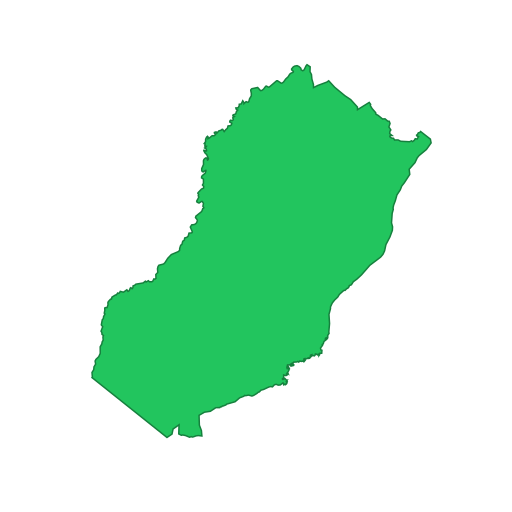 Kibombo, Maniema, Democratic Republic of the Congo, rotated 37°
{"feature_id": "63176286B11141066261470", "entity_name": "Kibombo", "entity_type": "district", "adm_level": 2, "iso_a3": "COD", "parent_name": "Democratic Republic of the Congo", "parent_adm1": "Maniema", "projection": "equal_earth", "projection_center": [25.538, -4.082], "detail": "fine", "context": "isolated", "style": "filled", "palette": "green", "viewbox_px": 512, "rotation_deg": 37, "n_neighbors": 0, "source": "geoboundaries", "source_scale": "gbopen_adm2", "svg_char_len": 6089}
<svg xmlns="http://www.w3.org/2000/svg" viewBox="0 0 512 512"><g transform="rotate(37 256 256)"><path d="M181.6,72.5L181.5,73.9L182.4,78.5L181.9,79.9L180.1,80.2L178.8,79.1L176.2,78.8L174.2,79.3L172.5,81.2L171.9,82.9L171.9,85.3L172.5,85.9L174.7,86.0L175.1,86.9L173.8,89.2L173.5,90.5L173.8,93.6L173.2,96.8L173.3,100.6L172.7,102.3L172.2,102.8L167.7,103.1L167.0,103.7L165.0,112.8L164.3,113.7L162.1,114.0L161.6,114.6L161.6,118.1L161.1,120.2L160.1,121.2L155.9,120.4L152.0,124.9L151.8,126.3L152.2,127.0L154.4,128.9L155.9,131.0L156.2,134.2L157.4,137.2L157.1,138.1L155.2,138.7L154.7,141.5L154.2,140.8L152.0,140.0L152.7,143.4L151.3,144.9L152.2,146.2L152.5,148.4L150.8,149.9L151.9,150.7L153.6,150.5L153.4,152.3L154.3,154.8L152.8,157.0L153.1,157.9L154.8,157.7L154.2,158.8L154.3,159.7L155.6,160.4L155.8,161.4L155.5,162.2L153.9,162.9L153.9,163.9L154.4,164.8L156.8,164.5L157.4,166.2L157.1,167.4L155.4,168.9L156.3,171.3L155.8,173.2L155.7,175.8L153.2,174.9L152.7,175.2L152.3,176.7L151.0,178.5L150.8,181.5L149.4,180.9L148.4,182.3L148.6,182.8L150.3,183.1L150.6,183.5L150.1,185.3L148.6,186.3L147.7,189.9L147.0,191.2L146.2,189.8L145.2,189.6L145.0,190.9L145.5,193.1L146.9,195.0L147.0,197.4L147.9,197.1L149.0,199.0L150.4,198.2L150.5,199.0L150.0,200.6L151.9,200.5L153.2,201.7L152.9,202.4L150.8,202.8L150.9,203.3L153.3,204.4L155.6,204.7L159.4,206.8L159.8,207.9L159.5,208.6L158.1,207.6L157.4,207.5L156.7,208.1L156.3,210.1L156.7,211.6L159.0,214.5L160.0,218.8L161.1,220.3L162.1,220.9L163.2,220.7L163.9,218.4L164.4,217.8L164.9,218.2L165.6,220.5L164.7,224.2L164.8,225.3L165.5,226.4L167.7,226.2L170.3,229.6L170.5,231.5L172.4,231.9L173.3,233.4L172.2,235.3L171.6,240.3L171.9,241.0L173.1,241.3L173.6,242.7L174.9,243.3L175.6,247.9L176.6,248.5L178.6,248.0L179.6,245.3L180.2,244.8L182.3,245.5L183.7,248.3L185.1,248.7L185.4,249.3L185.0,250.4L185.7,252.4L185.7,253.7L184.0,260.3L184.6,261.8L187.1,262.4L188.0,263.2L188.6,265.5L188.3,267.0L187.6,268.2L185.9,269.8L186.1,272.4L190.4,274.9L190.9,275.7L190.4,276.6L188.7,278.0L189.9,281.1L189.5,282.7L188.2,284.5L189.2,286.5L188.6,288.3L189.8,291.2L189.4,292.8L190.5,295.9L191.6,297.5L191.2,299.4L187.5,305.8L186.9,310.9L187.3,316.2L187.0,318.0L184.0,321.8L184.1,323.4L185.0,325.5L187.5,328.3L187.1,331.0L189.6,334.1L189.2,335.3L188.2,335.8L188.7,338.0L188.4,339.2L186.4,340.7L184.9,340.5L183.9,342.9L182.8,342.7L182.1,345.4L177.0,350.8L176.7,352.5L175.8,353.8L176.8,355.5L176.7,356.7L175.1,356.6L174.9,357.3L175.6,359.9L175.1,361.3L173.2,360.7L171.9,364.7L168.9,365.9L169.1,367.5L168.8,368.5L167.8,368.8L167.9,371.0L167.2,371.7L165.7,375.5L166.5,377.4L165.8,378.0L165.5,381.3L165.8,382.4L167.1,383.9L168.1,386.8L166.7,387.9L166.5,388.6L168.0,390.4L169.2,393.0L170.3,393.2L170.7,396.1L171.7,397.8L171.6,399.4L173.9,404.1L176.1,404.7L177.5,409.3L179.0,409.9L180.2,411.3L182.0,411.3L182.5,412.8L184.6,415.2L184.8,417.1L185.8,419.1L186.2,422.3L190.2,427.5L191.0,431.1L190.4,434.8L190.7,436.7L193.0,438.9L193.3,442.0L194.8,444.4L195.1,447.7L198.2,451.2L198.2,451.8L294.1,454.5L296.1,448.8L293.9,444.1L296.1,437.1L301.4,444.6L304.3,444.1L305.2,443.0L307.8,441.8L312.0,440.7L313.0,439.2L314.0,439.0L314.9,438.0L316.3,435.8L318.0,434.1L321.1,432.3L317.5,428.3L312.6,425.2L306.4,417.5L308.8,411.8L313.0,407.5L315.2,401.3L318.3,398.9L318.4,397.9L319.3,397.1L319.4,396.0L320.1,395.5L321.6,393.0L321.7,392.0L327.0,385.0L328.3,379.1L330.7,375.3L330.9,374.1L331.8,373.8L333.7,371.6L337.0,370.3L338.0,368.8L339.4,365.3L339.8,363.4L340.5,362.5L340.7,360.2L342.4,358.0L345.1,352.9L346.2,351.5L347.9,350.6L348.2,347.7L349.4,346.3L351.4,345.8L353.0,344.4L353.9,341.1L355.8,342.2L356.2,340.8L357.0,341.0L357.3,339.8L357.1,338.6L356.6,338.6L356.4,337.5L356.0,337.6L356.2,337.2L355.5,336.9L355.5,336.5L355.2,336.8L352.5,336.4L351.9,337.6L352.3,337.9L351.5,338.6L351.0,338.2L351.3,336.5L349.7,334.4L351.9,333.5L352.5,332.1L351.3,331.8L351.3,330.6L352.4,330.6L351.3,329.9L351.1,327.7L350.3,326.4L350.6,326.1L350.3,325.7L350.0,326.0L350.2,325.3L349.6,326.0L349.2,325.6L349.3,326.6L348.4,326.8L348.5,325.9L348.0,326.1L347.9,325.1L347.4,324.7L347.2,325.2L346.7,324.0L348.3,322.8L348.9,321.1L349.3,322.6L350.2,322.9L351.9,320.8L351.8,320.2L351.1,320.1L350.3,321.3L349.9,318.2L352.4,316.0L352.8,315.1L354.0,315.0L354.1,313.6L355.7,312.9L356.6,311.8L357.9,311.7L358.0,310.0L357.0,310.4L356.2,309.5L356.8,308.4L357.5,308.9L358.2,307.5L358.8,307.0L359.1,307.3L358.7,306.7L359.0,305.9L359.9,305.2L360.0,305.8L360.3,305.5L360.0,304.7L360.4,304.6L360.5,303.4L359.6,303.0L359.2,302.4L359.4,301.9L359.8,301.4L360.0,302.7L360.5,302.8L361.3,301.2L362.7,300.7L362.9,299.9L362.4,298.5L362.8,298.1L364.7,298.0L365.2,297.4L365.0,297.1L365.7,296.9L366.2,297.6L366.2,296.5L365.6,295.9L365.3,296.1L365.3,295.5L367.0,294.1L365.4,291.6L364.3,292.0L362.9,290.7L362.9,287.3L362.2,286.8L362.6,285.7L361.7,283.4L362.1,281.9L361.0,279.9L361.3,278.9L361.7,279.0L362.5,280.1L362.7,278.9L362.2,277.6L361.1,276.4L360.9,273.8L359.9,272.9L355.4,265.7L349.4,258.7L347.2,253.3L346.1,251.8L345.2,247.7L345.3,243.7L346.0,239.7L345.7,236.5L346.7,231.4L347.0,230.4L347.8,229.9L348.1,227.4L348.7,226.6L348.8,224.6L348.3,223.5L349.5,221.6L349.2,218.0L350.5,213.7L351.6,207.5L352.5,194.9L356.2,181.9L356.4,178.2L355.6,174.5L352.9,168.7L351.5,160.2L349.5,153.5L347.5,150.5L344.3,148.0L339.1,140.0L337.6,136.2L336.5,135.1L335.3,132.5L334.0,128.0L331.8,122.4L331.4,116.3L330.3,112.4L330.4,108.4L329.7,98.3L326.1,94.5L326.8,85.8L325.7,80.6L325.8,77.7L328.0,68.4L327.8,60.3L324.9,57.7L312.5,57.5L312.5,58.7L311.5,60.0L311.8,61.6L311.5,62.9L312.3,63.3L313.9,62.8L314.3,65.6L312.6,66.5L312.8,68.4L312.2,70.4L310.9,70.4L309.9,72.3L302.5,77.3L299.6,77.8L296.8,80.0L295.0,79.2L293.6,80.1L292.0,80.4L290.9,80.0L290.7,79.1L292.1,77.9L289.1,77.8L287.8,75.7L288.0,74.9L287.7,74.1L284.5,73.0L283.3,69.5L281.3,68.2L280.1,69.0L276.5,68.8L274.6,70.4L268.9,70.2L266.4,70.6L265.3,69.5L260.0,68.4L257.1,67.2L256.4,66.6L256.3,65.9L254.0,65.2L249.0,78.1L247.4,76.0L237.5,74.1L230.5,74.5L217.3,73.9L208.6,72.3L207.9,74.5L202.7,82.6L200.6,86.9L198.6,84.4L194.2,81.1L191.1,77.7L188.2,76.3L185.4,72.3L181.6,72.5Z" fill="#22c55e" stroke="#15803d" stroke-width="1.5"/></g></svg>